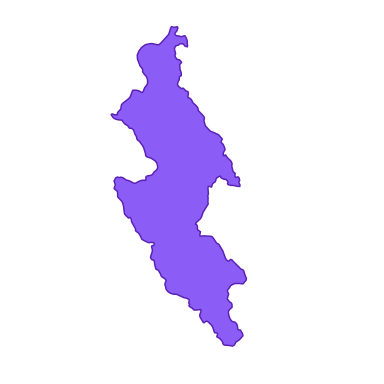 Chiang Mai, Robinson projection, rotated 331°
{"feature_id": "THA-390", "entity_name": "Chiang Mai", "entity_type": "Province", "adm_level": 1, "iso_a3": "THA", "parent_name": "Thailand", "parent_adm1": "", "projection": "robinson", "projection_center": [98.763, 18.701], "detail": "fine", "context": "isolated", "style": "filled", "palette": "violet", "viewbox_px": 384, "rotation_deg": 331, "n_neighbors": 0, "source": "natural_earth", "source_scale": "10m", "svg_char_len": 6050}
<svg xmlns="http://www.w3.org/2000/svg" viewBox="0 0 384 384"><g transform="rotate(331 192 192)"><path d="M234.5,47.1L236.8,46.7L247.9,42.9L251.0,40.1L252.2,38.7L254.2,37.5L255.8,39.0L257.0,39.6L259.1,40.3L259.3,40.5L259.4,40.9L258.9,42.0L256.6,43.9L254.3,44.7L253.8,45.1L253.6,46.1L254.0,47.6L254.9,48.4L256.3,49.2L257.2,50.3L258.2,51.1L260.8,51.6L261.4,51.9L261.6,52.2L261.7,52.9L261.4,56.4L260.7,58.4L260.1,59.2L259.0,62.0L258.3,62.7L257.1,61.6L256.5,60.7L256.2,58.7L255.7,57.8L253.4,56.6L251.5,56.9L248.7,56.4L248.0,56.6L246.0,58.3L245.0,62.1L244.7,63.0L244.3,63.5L243.5,64.1L242.8,65.5L243.2,68.4L243.8,69.5L245.0,70.2L245.2,70.6L245.8,73.2L245.7,73.5L245.0,73.9L243.5,74.3L242.6,75.2L242.2,76.6L241.2,78.2L240.3,82.6L239.2,84.8L238.9,85.0L237.5,85.0L236.6,85.5L235.4,87.5L233.1,89.0L232.2,89.9L231.6,90.8L231.3,91.9L231.6,93.5L232.7,96.1L233.0,96.5L234.2,96.7L234.7,97.1L235.7,100.6L236.9,102.0L237.1,102.4L237.1,102.9L236.6,104.1L234.4,107.0L234.6,107.7L235.8,109.4L236.2,110.9L236.3,112.0L236.0,114.1L237.3,117.9L237.9,120.9L237.7,122.0L237.0,123.4L237.1,124.3L238.8,130.9L238.9,131.6L238.8,132.8L238.4,133.9L237.1,135.3L236.8,136.0L235.8,140.4L235.9,141.2L237.3,147.1L237.7,147.8L242.7,154.3L243.2,155.7L244.2,160.4L242.0,161.9L241.6,162.8L242.3,165.4L242.3,166.2L241.9,169.5L241.3,171.1L239.3,172.2L238.3,173.1L237.5,174.2L237.2,175.4L237.6,175.9L238.2,175.9L238.8,175.6L239.4,176.0L239.5,178.4L240.0,180.7L240.7,182.3L241.0,183.7L241.0,185.2L240.8,186.6L239.4,188.5L237.9,193.7L237.9,194.5L238.6,195.9L238.7,196.5L238.7,196.9L237.7,197.9L237.1,199.7L237.2,200.2L237.4,200.4L239.5,201.1L239.8,201.4L240.0,202.1L239.6,204.1L239.1,205.2L238.0,205.7L237.6,206.4L237.4,209.0L237.0,209.7L236.4,210.3L235.8,209.8L234.6,209.2L231.4,206.3L229.9,205.5L227.2,203.2L227.1,202.0L228.3,200.8L228.3,199.1L227.6,197.3L226.2,196.4L224.4,194.0L224.3,193.3L224.5,192.3L224.2,191.8L223.6,191.5L220.5,191.7L219.5,192.1L218.0,193.8L217.1,194.4L215.1,194.5L214.0,194.8L211.7,197.0L211.2,197.0L210.4,196.0L209.7,195.4L208.8,195.3L208.2,195.6L205.2,202.0L204.1,202.6L203.4,204.6L201.0,208.6L200.4,210.3L191.9,215.1L188.2,218.4L186.4,219.5L180.9,220.8L179.4,221.7L180.2,222.7L180.2,224.0L179.8,225.2L179.1,226.4L178.6,227.7L180.1,230.8L177.9,233.5L177.7,234.6L180.9,236.0L186.9,239.8L187.4,240.2L188.1,241.4L188.3,243.0L188.7,248.3L188.9,248.9L189.9,250.2L190.2,251.4L190.4,258.3L189.1,266.6L189.5,268.8L189.8,269.5L190.2,270.0L190.8,270.2L192.9,269.8L193.3,269.9L193.9,270.4L194.7,273.8L195.6,276.6L196.2,278.9L196.7,280.2L197.1,282.2L197.7,283.5L198.6,284.5L198.9,285.2L199.0,286.0L197.8,291.9L197.8,293.7L197.5,294.3L196.2,295.6L194.6,296.0L193.0,296.8L192.3,297.0L191.2,296.6L189.2,295.0L185.6,293.1L184.2,292.6L180.4,292.6L178.4,293.9L176.1,294.7L175.3,295.3L174.7,296.6L174.8,298.1L174.5,299.1L171.7,301.8L171.2,302.3L171.0,303.0L171.4,304.5L171.5,306.1L172.5,307.9L172.6,308.7L172.4,309.9L171.3,312.1L171.0,312.3L168.1,312.9L166.0,314.0L165.2,315.5L164.2,318.4L163.8,321.4L164.1,324.0L164.6,324.9L166.3,326.5L167.0,328.1L167.1,329.5L166.8,331.1L165.5,334.5L165.7,335.1L167.2,336.0L167.5,336.5L167.4,338.1L167.6,339.7L167.1,342.0L166.7,342.5L163.8,343.6L161.4,344.3L157.8,344.5L155.0,346.3L154.2,346.5L152.6,346.4L150.9,344.8L149.4,343.9L148.5,343.0L146.7,342.1L145.6,340.8L145.5,339.8L145.9,338.5L146.0,336.8L145.1,333.2L143.6,331.0L143.6,330.6L144.0,330.0L145.2,329.1L145.5,328.5L145.6,328.0L145.2,327.1L143.8,326.3L143.6,325.9L143.6,325.3L144.4,321.6L144.6,319.2L144.4,317.5L143.0,313.0L142.7,312.4L141.0,311.8L139.7,312.2L139.0,312.1L138.6,311.4L138.4,305.8L138.7,304.1L139.4,303.0L141.9,300.9L142.6,299.1L137.3,296.7L136.2,295.6L136.2,294.6L135.6,293.2L134.6,291.7L134.2,290.3L134.3,289.9L135.2,289.4L135.4,289.0L135.3,288.2L135.5,287.2L136.9,285.8L137.1,285.3L137.1,284.4L136.8,283.8L135.6,282.0L133.8,280.7L129.0,274.1L125.9,272.1L124.1,270.1L123.3,268.9L122.6,267.0L122.3,265.1L122.3,264.1L122.8,262.7L123.4,259.9L124.4,258.5L126.1,257.5L126.4,256.4L126.2,254.6L124.7,252.0L124.3,250.4L124.7,248.4L124.6,244.6L124.2,243.4L123.3,242.4L123.1,241.9L123.1,241.5L124.4,236.9L125.6,233.8L125.4,233.1L124.3,232.1L123.9,231.0L123.9,229.6L124.5,228.4L128.4,224.8L128.8,224.2L129.4,223.0L130.1,220.3L130.5,219.8L131.1,219.6L132.4,220.1L133.1,219.9L133.7,219.3L134.0,218.6L133.9,217.8L133.4,217.4L131.8,216.2L130.1,215.6L129.2,215.0L126.7,211.5L125.3,209.2L125.2,208.6L125.5,206.6L125.5,203.0L125.2,201.5L124.5,200.3L123.9,198.8L123.9,198.3L124.8,196.8L124.8,196.2L124.7,193.7L124.7,189.4L124.8,188.5L125.7,186.2L125.8,184.7L125.4,184.2L124.4,184.2L123.8,183.9L122.6,180.0L122.4,178.3L125.0,171.8L125.9,168.6L126.1,166.7L126.0,165.5L124.7,161.0L124.8,160.0L126.9,155.8L126.9,154.9L125.7,151.8L125.6,151.4L125.9,150.7L127.6,149.4L128.4,148.6L128.8,146.9L129.1,144.7L129.4,144.3L130.4,144.0L131.3,143.1L131.9,142.7L133.6,142.7L134.2,142.9L135.3,144.1L136.8,144.5L137.6,145.1L139.0,146.9L140.1,149.5L142.3,151.5L144.1,154.0L145.1,155.8L145.8,156.5L146.8,156.9L150.4,156.9L153.5,157.4L155.8,158.4L157.0,159.4L157.7,159.1L158.7,156.9L159.4,156.3L160.2,156.2L161.3,156.5L164.0,157.4L165.2,157.6L166.3,157.3L168.7,156.1L171.7,155.6L173.6,154.3L174.3,153.1L174.9,151.3L175.3,149.4L174.9,147.0L172.5,142.4L169.9,139.8L169.2,138.5L169.2,137.7L170.0,135.5L171.2,129.8L171.2,126.8L170.7,124.0L170.7,122.4L169.7,120.5L169.5,119.4L169.5,118.8L170.2,117.1L170.2,113.5L171.0,109.2L170.3,107.5L169.6,106.7L168.5,106.1L168.1,105.5L167.9,102.5L166.5,100.7L165.9,98.4L165.6,95.4L165.1,94.9L162.2,92.9L160.1,90.7L159.4,89.5L159.1,88.5L158.8,86.3L158.9,85.1L159.9,85.0L160.7,85.6L161.4,86.6L162.4,87.4L164.0,88.2L164.3,88.1L164.5,87.4L165.4,86.5L167.3,85.7L169.3,85.2L170.1,84.7L172.4,81.7L174.0,80.9L182.2,79.6L184.0,78.9L189.4,74.3L192.2,75.7L193.5,76.7L194.7,77.9L196.4,80.8L197.9,80.5L201.2,77.8L204.8,76.3L206.0,75.1L207.3,72.8L208.0,70.1L207.9,68.1L207.4,66.1L207.1,63.5L207.3,62.5L208.4,60.6L207.7,56.7L208.7,49.4L210.5,45.7L214.0,42.9L218.0,41.2L221.8,40.6L223.6,40.8L227.4,42.0L229.0,42.8L232.6,46.0L234.5,47.1Z" fill="#8b5cf6" stroke="#5b21b6" stroke-width="1.5"/></g></svg>